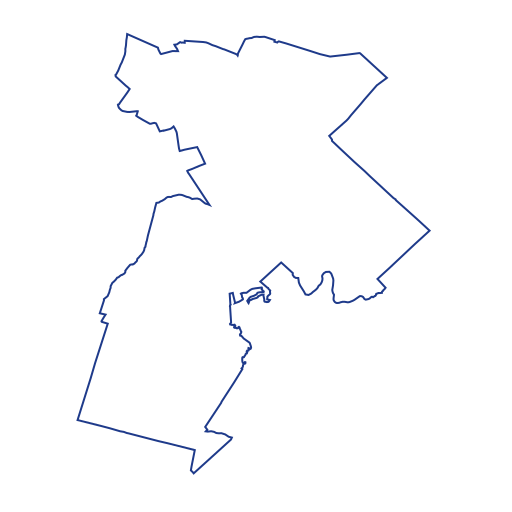 the district of Letca Noua, Giurgiu, Romania, rotated 2°
{"feature_id": "2599482B85200519507888", "entity_name": "Letca Noua", "entity_type": "district", "adm_level": 2, "iso_a3": "ROU", "parent_name": "Romania", "parent_adm1": "Giurgiu", "projection": "natural_earth1", "projection_center": [25.709, 44.223], "detail": "fine", "context": "isolated", "style": "outline", "palette": "blue", "viewbox_px": 512, "rotation_deg": 2, "n_neighbors": 0, "source": "geoboundaries", "source_scale": "gbopen_adm2", "svg_char_len": 6071}
<svg xmlns="http://www.w3.org/2000/svg" viewBox="0 0 512 512"><g transform="rotate(2 256 256)"><path d="M119.5,38.7L119.3,42.0L118.9,44.8L118.7,50.0L118.4,52.5L118.2,53.4L118.3,56.0L117.9,59.3L115.1,67.3L114.0,69.5L111.8,75.6L109.5,80.2L109.3,80.2L109.3,80.5L109.5,81.4L109.8,81.7L119.8,90.2L121.8,91.7L123.9,93.5L121.9,96.8L114.7,107.6L114.0,108.9L113.8,109.1L112.9,109.4L112.7,109.7L113.4,111.8L114.1,113.0L116.3,115.0L117.6,115.7L122.2,116.5L124.5,116.5L132.2,115.4L132.8,115.5L131.8,119.3L131.4,120.0L133.0,121.1L138.3,124.0L145.2,127.5L146.3,127.5L147.8,127.0L149.7,126.5L151.4,126.9L151.8,127.5L155.5,134.8L159.3,133.8L159.4,134.0L165.6,132.1L167.1,131.3L169.1,129.4L170.5,131.5L171.3,133.0L172.1,134.5L172.6,136.1L174.7,148.0L175.3,151.2L176.1,153.7L181.1,152.2L193.4,149.2L197.7,157.1L201.9,165.5L196.5,167.8L188.5,171.5L185.2,172.8L184.3,173.4L185.4,175.4L186.3,176.5L207.7,206.6L205.9,205.9L204.0,205.5L203.0,205.0L198.5,201.6L198.0,201.3L195.3,200.6L192.3,200.9L190.2,201.3L187.8,200.0L186.1,199.5L184.7,199.3L180.6,197.8L179.3,197.5L176.8,197.4L170.9,199.0L169.0,200.0L166.6,200.0L165.5,200.2L164.4,200.9L162.8,202.4L160.2,204.1L158.6,204.8L157.0,206.0L154.6,206.4L153.5,211.0L152.8,214.9L152.1,217.5L152.0,218.9L147.3,239.2L146.3,244.9L145.8,246.1L145.9,246.4L145.2,249.8L145.2,250.6L144.4,251.6L144.0,254.1L143.4,255.6L141.9,258.0L141.0,259.1L139.9,260.2L138.9,261.6L137.8,262.6L137.4,263.3L137.3,264.4L137.1,265.1L136.6,265.8L135.6,266.7L134.7,267.9L133.5,268.4L133.2,268.8L131.7,268.8L130.5,269.2L128.0,272.3L126.1,275.0L125.9,275.3L126.0,276.5L125.2,278.0L122.8,279.6L122.2,279.6L120.5,280.9L119.4,282.0L118.0,282.5L116.6,284.6L114.8,286.6L113.4,287.8L111.8,291.2L111.8,292.9L111.6,293.5L111.2,294.6L110.6,297.5L109.1,301.3L105.5,304.4L105.6,305.7L101.9,318.7L107.7,319.8L105.9,322.8L103.9,326.5L103.9,326.9L104.2,327.2L110.2,328.8L99.0,368.4L95.0,384.1L83.4,426.2L107.7,431.4L116.1,433.3L126.3,435.9L130.1,436.4L133.0,437.4L134.8,437.7L165.0,444.4L174.2,446.2L201.6,452.1L199.0,468.1L198.4,472.5L200.5,474.4L201.3,475.4L237.4,440.3L238.2,438.3L235.0,437.6L231.5,435.4L227.6,434.3L225.2,434.5L222.5,434.3L220.2,433.2L217.3,432.7L213.9,433.2L212.0,433.0L213.4,431.3L211.2,428.6L226.3,404.0L226.7,402.8L238.4,383.3L246.3,369.5L245.5,368.8L246.0,368.3L246.6,367.4L246.8,366.7L246.8,365.7L247.5,364.3L249.0,363.8L249.2,363.2L249.1,362.5L248.6,362.4L247.3,363.9L246.5,363.1L246.1,362.1L245.9,360.7L245.8,359.1L245.9,357.9L246.1,357.6L247.1,357.7L247.5,357.5L247.8,356.7L248.6,355.8L249.1,354.3L250.2,353.7L250.1,353.1L250.4,353.0L250.5,352.7L250.2,352.6L250.0,351.7L250.1,351.4L250.4,350.9L251.3,350.9L251.8,350.7L251.9,350.4L251.8,349.5L251.6,348.8L251.7,348.2L252.1,348.3L252.1,348.9L252.3,349.2L253.0,349.4L253.9,348.9L254.1,348.4L254.3,347.8L254.1,346.6L252.9,343.4L252.5,342.8L246.6,338.9L244.3,336.4L242.9,336.1L242.7,335.1L243.1,334.3L243.5,334.1L244.0,332.4L243.6,331.8L242.7,329.7L242.3,329.3L242.2,328.5L241.9,327.8L241.4,327.4L241.0,327.6L240.7,328.4L240.4,328.7L239.5,329.0L238.9,328.6L237.1,328.5L236.6,328.2L236.6,327.9L237.3,327.3L237.8,326.6L237.7,326.3L237.0,325.4L236.7,325.4L235.7,325.9L235.2,325.6L233.7,325.7L233.2,325.2L232.8,325.0L232.5,325.1L232.4,324.8L233.4,323.5L233.4,322.9L232.0,309.0L231.9,307.7L231.7,307.4L231.8,306.1L232.3,305.6L232.1,305.4L231.0,294.6L234.1,293.7L234.6,295.9L236.7,303.4L236.5,303.9L240.6,302.3L242.8,300.9L244.4,299.8L244.3,298.7L243.7,298.0L243.5,297.5L243.1,295.3L242.2,294.2L242.6,293.8L244.9,293.2L247.8,293.1L251.6,290.0L253.4,289.0L256.6,288.3L262.8,287.3L263.1,287.8L262.9,288.1L263.0,288.5L262.8,289.1L262.9,289.3L263.6,289.8L264.3,290.7L264.9,291.0L265.0,291.4L264.9,291.7L260.5,292.2L258.8,292.7L257.9,294.3L255.4,295.8L252.1,297.0L251.7,297.5L251.1,297.8L248.8,301.2L249.4,302.1L249.8,302.9L250.2,303.4L250.9,301.5L250.9,301.0L251.3,300.3L253.1,299.9L253.6,299.3L258.0,297.9L259.2,297.2L259.3,296.5L260.2,295.9L263.0,294.5L264.1,294.3L264.9,294.3L264.8,295.2L265.8,299.1L265.8,300.6L266.2,301.3L268.4,301.7L269.8,301.5L270.5,301.0L271.4,299.5L268.7,299.0L268.6,298.7L268.8,297.6L268.8,296.2L269.7,295.1L271.2,293.8L271.5,293.2L271.2,290.9L271.4,290.0L269.7,288.5L269.2,287.5L268.5,287.3L261.2,281.4L281.4,261.6L293.4,271.8L293.3,273.5L294.8,275.6L296.6,276.5L299.0,276.5L299.8,281.1L301.1,283.9L305.0,289.6L306.8,292.7L309.9,293.1L312.5,291.6L314.3,289.8L315.6,288.8L317.3,287.3L318.5,285.9L319.7,283.5L321.3,282.2L322.5,280.1L323.1,278.1L323.2,277.2L323.2,275.8L322.8,274.4L322.8,273.4L323.2,272.5L324.4,270.8L326.4,269.5L329.9,269.2L331.2,270.3L332.0,271.3L333.9,275.9L334.2,277.8L334.0,282.8L333.4,287.3L333.8,289.1L334.3,290.4L335.3,292.0L335.0,295.4L335.0,296.6L335.2,297.5L335.8,298.5L336.5,299.3L337.9,300.1L339.5,300.1L341.0,299.8L342.1,299.3L344.4,298.7L346.4,298.7L349.4,299.1L351.0,298.8L354.2,297.4L355.9,296.4L361.1,292.5L362.2,292.4L363.5,292.7L364.5,293.3L365.9,295.2L367.2,295.8L369.9,295.1L370.9,294.6L372.6,293.0L373.1,292.7L373.7,292.7L374.4,293.1L375.7,292.2L376.1,291.8L376.7,291.7L377.4,290.5L377.3,290.1L377.5,289.6L379.2,289.0L379.5,288.7L381.3,288.7L383.1,288.4L383.0,287.9L383.3,287.1L384.0,286.6L384.3,285.9L385.7,284.5L386.6,283.2L378.2,274.7L389.8,263.3L414.6,238.3L428.6,224.6L415.2,213.1L393.7,195.2L393.6,194.6L391.4,193.3L367.3,172.5L361.5,167.3L350.7,158.3L336.4,145.8L328.0,138.4L327.9,138.2L327.9,137.0L325.0,133.4L341.7,117.5L343.4,115.6L346.1,111.9L355.4,100.4L359.0,95.7L370.8,81.2L380.6,73.4L353.0,49.8L352.3,49.6L339.5,51.7L323.1,54.1L312.8,52.0L303.0,49.2L278.6,42.5L271.3,40.7L270.3,41.3L269.8,41.9L267.3,41.3L266.9,41.2L267.2,39.6L258.0,36.9L256.6,36.6L252.1,37.0L249.2,36.8L246.7,37.1L245.8,37.4L244.0,38.3L242.1,38.5L239.8,39.1L239.1,39.2L237.7,39.7L236.5,42.0L235.2,45.0L230.8,54.5L230.7,55.1L230.9,55.6L230.7,56.3L230.1,55.5L228.8,54.8L217.0,50.6L215.9,50.4L208.4,47.7L205.1,46.8L200.9,45.0L198.7,44.3L195.8,44.0L177.3,43.4L177.3,45.4L175.4,45.2L174.2,45.4L172.7,44.9L169.5,47.3L167.1,47.7L167.6,48.7L169.9,51.8L170.9,54.0L165.4,54.1L154.1,57.5L153.4,57.0L151.3,53.2L150.7,51.2L119.5,38.7Z" fill="none" stroke="#1e3a8a" stroke-width="2"/></g></svg>